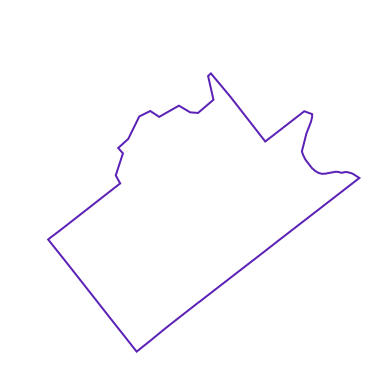 DeSoto, Mississippi, United States of America (Equal Earth projection), rotated 142°
{"feature_id": "52423323B17373882514078", "entity_name": "DeSoto", "entity_type": "district", "adm_level": 2, "iso_a3": "USA", "parent_name": "United States of America", "parent_adm1": "Mississippi", "projection": "equal_earth", "projection_center": [-90.082, 34.852], "detail": "fine", "context": "isolated", "style": "outline", "palette": "violet", "viewbox_px": 384, "rotation_deg": 142, "n_neighbors": 0, "source": "geoboundaries", "source_scale": "gbopen_adm2", "svg_char_len": 839}
<svg xmlns="http://www.w3.org/2000/svg" viewBox="0 0 384 384"><g transform="rotate(142 192 192)"><path d="M104.1,273.8L107.9,273.5L118.3,251.5L138.6,250.6L144.4,255.9L149.2,268.1L171.6,271.4L175.0,281.5L187.0,284.0L209.5,273.1L223.1,272.1L222.6,265.0L241.9,252.0L243.3,243.0L320.2,243.0L331.0,243.2L334.6,243.1L334.3,213.0L334.1,143.6L333.9,100.3L325.5,100.4L316.9,100.5L299.7,100.9L291.1,101.0L274.0,101.0L257.2,101.0L252.3,100.9L248.4,100.9L205.7,100.7L188.8,100.6L171.5,100.5L154.3,100.5L51.5,100.0L53.9,106.9L54.8,108.7L57.7,112.4L59.3,113.6L62.2,114.9L64.6,118.0L66.5,119.6L75.5,124.3L78.2,126.1L80.1,128.5L81.2,130.6L82.0,132.9L82.8,137.2L82.7,147.8L81.8,152.2L80.9,155.1L80.1,156.6L65.9,167.6L55.0,174.1L51.1,177.2L49.4,179.4L53.8,186.5L103.2,186.7L103.1,243.0L104.1,273.8Z" fill="none" stroke="#5b21b6" stroke-width="2"/></g></svg>